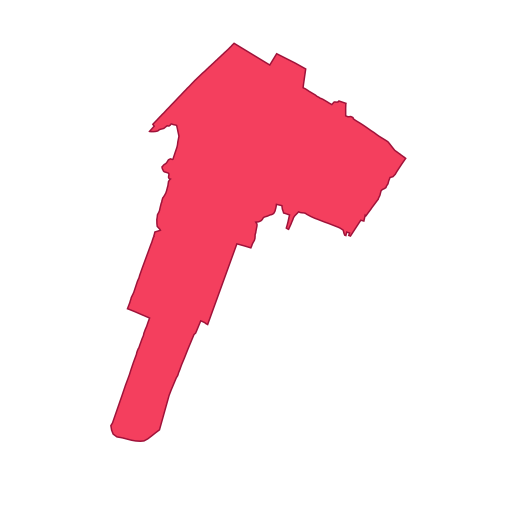 Ghindeni, Dolj, Romania, rotated 281°
{"feature_id": "2599482B6715750772475", "entity_name": "Ghindeni", "entity_type": "district", "adm_level": 2, "iso_a3": "ROU", "parent_name": "Romania", "parent_adm1": "Dolj", "projection": "natural_earth1", "projection_center": [23.924, 44.199], "detail": "fine", "context": "isolated", "style": "filled", "palette": "rose", "viewbox_px": 512, "rotation_deg": 281, "n_neighbors": 0, "source": "geoboundaries", "source_scale": "gbopen_adm2", "svg_char_len": 6131}
<svg xmlns="http://www.w3.org/2000/svg" viewBox="0 0 512 512"><g transform="rotate(281 256 256)"><path d="M374.0,381.5L380.4,384.3L383.1,378.6L386.2,372.0L393.1,364.0L393.6,363.0L394.4,361.0L396.5,355.4L397.1,353.8L397.9,352.0L399.7,348.3L401.1,344.8L403.4,339.7L405.0,336.0L406.3,332.7L407.5,329.4L408.2,327.6L409.3,325.3L410.0,325.1L410.5,324.5L410.7,323.7L411.0,322.4L410.2,319.8L410.7,317.3L418.3,315.8L422.1,315.2L423.0,315.2L424.0,307.8L422.7,307.0L422.7,306.5L422.3,305.4L422.3,304.0L421.7,303.0L420.5,302.4L419.5,301.7L419.1,301.5L420.0,298.8L421.0,296.2L422.5,292.0L423.0,290.1L423.1,289.0L423.8,287.4L424.4,285.2L425.3,283.7L427.3,278.1L427.9,276.4L428.5,275.1L429.5,272.6L429.7,271.8L430.2,270.1L434.8,269.8L449.1,269.1L452.9,257.5L458.5,237.7L451.0,234.9L446.1,233.1L460.6,193.9L458.0,192.1L457.7,192.0L456.9,191.5L456.2,191.0L455.4,190.4L454.5,189.9L453.7,189.3L452.9,188.8L452.2,188.2L451.4,187.7L450.7,187.1L450.0,186.6L448.5,185.5L447.7,185.0L447.0,184.4L445.4,183.3L443.9,182.2L443.1,181.6L442.3,181.0L441.4,180.5L440.6,179.8L439.8,179.2L438.9,178.6L438.1,178.0L437.2,177.4L436.4,176.8L435.5,176.1L434.6,175.5L433.8,174.9L432.1,173.6L431.3,173.1L430.5,172.5L429.6,171.8L428.6,171.2L427.7,170.5L426.8,169.8L425.9,169.1L425.0,168.4L424.1,167.8L419.6,164.6L418.6,163.9L417.7,163.3L416.8,162.6L414.9,161.4L414.0,160.8L413.1,160.2L410.2,158.4L409.3,157.8L407.5,156.5L406.5,155.9L405.5,155.3L404.5,154.6L403.6,154.0L400.6,152.1L399.6,151.5L397.7,150.2L396.7,149.6L395.7,148.9L394.8,148.4L393.1,147.3L392.3,146.8L390.6,145.7L389.7,145.1L388.8,144.5L386.9,143.3L385.9,142.7L385.0,142.1L384.1,141.5L383.6,141.2L383.2,140.9L382.3,140.3L381.4,139.8L380.5,139.2L379.9,138.9L379.5,138.6L378.5,138.0L377.6,137.3L376.7,136.7L375.7,136.1L374.8,135.5L373.8,134.8L373.2,134.5L372.1,133.7L371.6,133.5L368.4,131.4L365.6,129.6L364.0,131.3L358.0,127.7L357.9,128.1L358.1,129.5L358.3,130.4L358.4,131.2L359.1,133.7L359.8,135.3L360.3,136.0L360.8,136.5L361.4,136.8L362.1,137.9L363.0,139.8L363.5,140.8L363.6,141.1L364.2,141.6L366.3,143.4L366.8,143.8L367.0,144.2L366.8,144.8L366.9,145.2L367.0,145.8L367.7,146.4L367.9,146.7L368.2,146.9L368.8,147.2L369.3,147.4L369.4,147.7L369.5,148.0L369.4,148.5L369.3,149.2L369.2,149.9L369.2,151.7L369.2,152.3L369.0,153.2L365.8,154.6L363.6,155.5L358.9,157.5L356.2,157.5L352.9,157.5L350.5,157.7L349.0,157.7L347.3,157.6L342.2,156.9L335.1,156.0L334.8,155.4L335.0,153.9L335.0,153.4L334.1,152.2L333.7,151.7L332.4,151.2L330.6,150.5L329.9,150.1L329.1,149.4L328.6,148.8L328.1,148.3L327.2,147.7L326.4,147.3L325.7,146.9L325.5,146.7L324.7,147.0L323.8,147.4L321.7,149.0L321.3,149.6L321.1,150.2L321.0,151.7L320.8,153.3L320.5,154.4L320.3,154.5L320.1,154.7L319.8,154.9L318.9,155.0L317.7,155.0L316.6,155.1L315.9,155.5L315.6,155.9L315.5,156.3L315.3,156.8L315.2,157.3L314.6,156.8L313.6,156.4L312.9,156.1L312.4,155.9L310.8,156.0L309.9,156.0L309.1,156.1L308.0,156.1L306.8,156.0L305.5,155.9L304.8,155.9L304.0,155.8L303.2,155.8L302.5,155.7L301.7,155.6L300.8,155.5L298.2,154.7L295.9,153.8L295.3,153.4L294.5,153.3L292.2,153.1L290.8,153.2L289.9,152.9L286.0,152.7L282.0,152.6L279.8,152.1L279.1,151.8L277.6,151.4L275.5,151.6L272.8,151.7L268.7,152.6L266.2,153.4L263.6,156.9L263.0,157.3L260.3,152.2L259.5,152.1L258.3,152.1L257.3,152.0L256.9,151.9L256.6,151.9L256.4,151.9L255.7,152.2L255.2,151.8L254.5,151.7L252.4,151.4L249.6,151.1L247.0,150.6L237.1,149.0L222.3,146.6L216.2,145.7L214.8,145.5L213.7,145.4L212.9,145.4L212.3,145.3L211.8,145.2L209.8,144.7L208.3,144.4L197.3,143.0L196.8,142.9L195.5,142.6L193.3,142.0L191.5,141.5L189.7,141.4L188.2,141.2L186.0,141.0L179.7,139.9L179.5,141.2L178.4,146.9L177.6,150.6L176.4,156.0L174.8,163.4L170.6,162.7L166.1,162.1L163.9,161.6L162.6,161.3L160.5,161.0L158.9,160.7L157.4,160.7L156.0,160.6L153.3,160.0L152.0,159.8L146.8,159.0L143.3,158.5L142.5,158.1L140.0,157.6L138.6,157.4L137.5,157.4L136.7,157.4L128.2,156.0L120.8,155.0L115.4,154.4L111.6,153.8L104.5,152.6L94.9,151.3L64.7,147.0L61.8,145.9L57.5,147.5L53.9,149.8L51.9,154.0L52.0,159.5L51.7,164.3L51.4,169.3L51.5,173.2L52.1,177.8L53.1,181.3L55.8,184.6L59.5,187.9L63.6,191.4L66.9,194.4L102.7,197.3L108.3,198.3L121.2,201.0L122.8,201.6L123.5,201.9L124.8,202.1L125.6,202.2L126.4,202.2L126.8,202.3L130.4,203.0L132.6,203.3L135.6,203.8L141.8,205.1L150.9,206.8L156.8,208.0L167.0,210.1L167.9,210.7L168.7,211.4L170.9,211.9L181.8,214.1L181.4,216.1L180.8,218.4L180.1,219.7L179.5,221.6L264.3,234.9L263.7,242.6L263.0,249.4L265.3,249.9L266.5,250.0L268.4,250.5L271.0,251.4L273.0,251.6L274.8,251.4L276.4,251.1L277.3,251.1L278.7,251.3L280.3,251.2L283.3,251.2L285.7,251.2L287.0,251.0L287.6,250.8L288.0,250.4L289.2,249.3L289.4,249.9L289.8,251.4L290.1,252.0L290.4,252.6L291.2,253.7L291.5,254.1L292.1,254.6L293.1,255.2L293.6,255.4L294.2,255.5L294.8,255.9L295.4,256.3L295.7,256.6L296.1,257.2L296.5,258.0L296.8,258.6L297.5,259.9L298.2,260.8L298.7,261.6L299.2,262.3L299.4,263.0L299.8,263.7L300.4,264.5L301.3,265.3L302.4,265.7L303.8,266.1L305.7,266.2L307.2,266.3L308.6,266.3L310.6,266.2L310.4,271.8L307.1,272.9L305.4,273.9L304.1,274.6L303.5,274.9L303.3,276.9L302.7,281.1L299.9,281.0L295.6,280.9L292.2,280.7L289.2,280.4L289.0,281.0L288.7,281.6L288.6,282.0L288.5,282.5L288.4,282.9L294.2,284.3L296.5,284.7L298.6,285.2L300.8,285.5L302.9,286.4L305.0,287.8L307.5,289.4L307.1,291.1L307.2,293.0L307.4,294.5L307.4,295.8L307.2,296.7L306.8,297.4L305.5,301.5L305.1,302.9L304.8,304.2L304.4,305.9L304.1,307.4L303.7,310.0L303.3,312.0L302.3,317.6L301.9,320.5L299.9,331.4L299.4,333.3L298.1,336.5L297.3,337.0L295.1,338.0L293.4,339.1L293.2,340.3L296.8,340.5L296.4,343.5L293.9,343.1L293.6,344.9L311.1,352.0L310.9,355.2L316.7,355.4L316.1,356.0L316.3,356.2L319.7,357.8L323.8,359.8L325.5,360.5L329.2,362.3L334.2,364.7L334.7,365.0L334.8,365.1L335.0,365.1L335.9,365.2L337.5,365.6L338.5,365.9L339.7,366.1L340.6,366.1L341.7,366.2L342.4,366.2L343.4,366.3L344.0,366.4L345.0,367.1L345.3,367.3L345.6,367.7L346.2,368.5L346.6,369.1L347.3,369.8L347.7,370.3L348.4,370.6L349.0,370.6L349.9,370.9L350.7,371.2L351.8,371.7L352.1,371.8L352.7,371.8L354.5,371.9L355.9,372.1L358.1,372.5L358.6,372.5L360.0,375.3L362.8,377.1L365.4,378.0L367.7,378.9L374.0,381.5Z" fill="#f43f5e" stroke="#9f1239" stroke-width="1.5"/></g></svg>